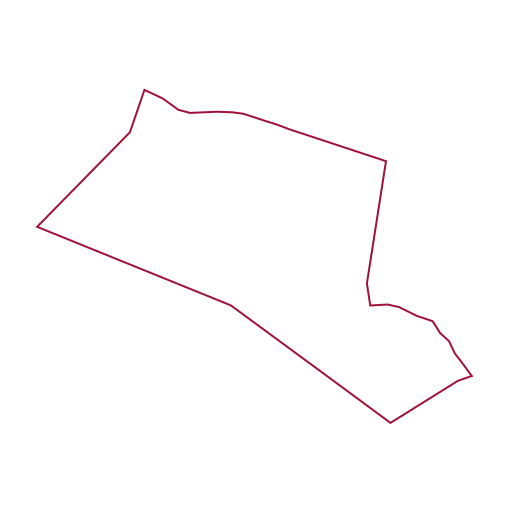 Brejinho, Rio Grande do Norte, Brazil (Robinson projection), rotated 272°
{"feature_id": "56859067B50769639219683", "entity_name": "Brejinho", "entity_type": "district", "adm_level": 2, "iso_a3": "BRA", "parent_name": "Brazil", "parent_adm1": "Rio Grande do Norte", "projection": "robinson", "projection_center": [-35.382, -6.216], "detail": "fine", "context": "isolated", "style": "outline", "palette": "rose", "viewbox_px": 512, "rotation_deg": 272, "n_neighbors": 0, "source": "geoboundaries", "source_scale": "gbopen_adm2", "svg_char_len": 512}
<svg xmlns="http://www.w3.org/2000/svg" viewBox="0 0 512 512"><g transform="rotate(272 256 256)"><path d="M375.3,125.7L277.5,36.2L205.8,232.5L137.3,332.9L93.9,396.2L138.3,462.1L143.6,475.8L157.7,464.7L165.4,458.2L177.6,451.9L185.4,442.7L197.0,434.8L201.7,418.9L210.0,400.6L212.1,389.3L210.5,371.9L232.5,367.8L355.3,382.6L383.7,285.2L387.7,273.5L391.4,260.3L397.7,238.5L398.8,227.2L398.8,211.7L396.7,185.1L399.4,173.3L410.2,157.2L418.1,138.7L375.3,125.7Z" fill="none" stroke="#9f1239" stroke-width="2"/></g></svg>